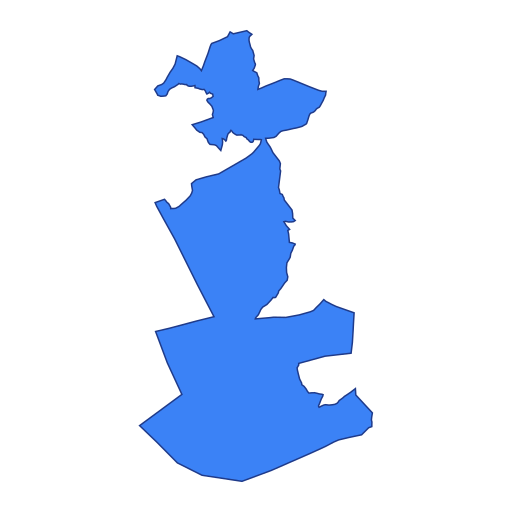 Oru East, Imo, Nigeria (Mercator projection)
{"feature_id": "59680162B91755424681987", "entity_name": "Oru East", "entity_type": "district", "adm_level": 2, "iso_a3": "NGA", "parent_name": "Nigeria", "parent_adm1": "Imo", "projection": "mercator", "projection_center": [6.961, 5.722], "detail": "fine", "context": "isolated", "style": "filled", "palette": "blue", "viewbox_px": 512, "rotation_deg": 0, "n_neighbors": 0, "source": "geoboundaries", "source_scale": "gbopen_adm2", "svg_char_len": 5011}
<svg xmlns="http://www.w3.org/2000/svg" viewBox="0 0 512 512"><path d="M371.8,426.6L371.9,422.0L371.4,420.0L371.7,417.0L372.4,412.9L355.8,395.0L355.4,388.6L350.6,392.3L348.1,394.0L345.7,395.6L344.4,396.4L343.3,397.5L341.9,398.6L339.2,400.5L338.1,402.2L337.2,403.2L335.0,404.3L332.0,404.8L329.0,405.1L327.3,404.9L325.5,404.7L323.9,405.0L321.8,405.9L319.1,407.3L318.6,406.5L318.6,405.5L319.2,404.3L320.0,402.3L321.3,398.9L322.0,397.6L322.7,396.3L323.1,394.7L322.1,394.3L319.3,393.9L316.7,393.2L315.2,392.9L314.5,392.7L313.7,392.8L311.8,392.8L309.9,393.0L308.8,393.0L307.4,391.3L306.2,389.1L304.1,386.4L301.8,384.7L301.6,383.0L299.6,379.0L298.2,373.5L297.4,370.1L297.1,367.8L298.7,365.1L298.7,363.4L324.9,356.2L351.1,353.2L352.4,342.3L353.1,330.7L353.5,322.9L354.1,312.8L336.2,306.5L331.7,304.4L328.7,302.8L325.9,301.4L323.8,299.6L319.8,304.1L316.3,307.5L313.6,310.4L310.3,311.8L299.3,314.9L285.9,317.4L273.6,317.2L269.3,317.7L255.3,318.9L255.6,317.8L258.3,314.8L260.0,311.3L260.8,309.5L262.7,307.1L266.9,304.5L271.0,300.1L273.1,297.4L273.9,297.7L275.6,297.4L278.3,292.9L278.7,291.0L280.8,288.6L284.6,283.0L287.2,280.2L287.8,276.8L286.6,272.5L286.4,267.6L286.9,262.8L289.3,258.9L290.2,257.2L290.8,253.3L292.3,250.3L293.8,246.1L294.9,245.0L295.2,244.1L292.3,242.9L289.4,242.4L288.6,233.9L287.8,230.4L289.6,229.4L286.3,225.7L283.9,221.7L285.5,221.3L288.6,222.0L291.8,221.9L293.6,221.6L295.2,220.5L292.8,218.1L292.6,213.6L292.0,210.0L284.3,200.0L283.9,197.8L283.1,196.5L282.3,194.5L280.0,193.5L279.3,189.9L278.5,187.5L280.6,170.9L279.8,169.0L280.4,163.6L279.3,160.9L272.9,152.6L271.2,149.0L270.1,146.9L268.0,143.9L266.8,142.1L265.6,138.3L268.7,138.2L273.9,137.5L276.1,136.3L278.9,133.1L280.9,131.4L283.0,130.7L286.5,130.1L289.1,129.5L293.4,128.5L296.1,128.0L298.8,127.3L301.0,126.7L302.2,126.3L304.9,124.7L305.6,124.4L306.0,124.1L306.6,123.5L307.0,122.3L307.9,119.7L308.7,117.0L309.3,115.2L309.9,114.0L310.8,113.1L312.8,112.4L313.6,112.0L314.5,111.3L315.4,110.4L316.1,109.3L317.1,108.4L318.2,107.8L319.3,107.2L320.2,105.9L321.7,103.1L323.2,100.4L324.2,97.9L325.6,95.0L325.7,93.6L326.1,91.3L325.6,91.3L322.2,91.3L318.6,90.3L309.1,86.6L304.5,84.7L293.0,80.0L290.2,79.0L287.1,78.8L284.2,78.8L280.2,80.3L272.9,83.3L265.9,86.0L261.5,88.0L257.9,89.4L258.4,86.2L259.4,83.5L258.9,80.7L258.8,77.8L257.7,75.6L256.8,72.8L254.1,71.4L252.7,70.5L254.2,68.2L255.4,64.8L255.3,63.8L254.7,62.7L253.6,58.9L254.1,55.5L252.7,50.4L251.9,49.4L250.6,47.1L250.1,45.0L249.4,42.4L249.0,40.2L249.1,37.8L249.6,36.5L251.0,35.2L251.9,34.3L248.8,32.3L246.8,30.7L233.3,33.8L230.1,31.9L227.5,36.7L219.4,40.6L211.8,43.4L211.0,44.5L210.1,46.8L208.0,53.4L204.8,61.7L203.4,65.8L201.4,70.7L199.8,68.6L196.8,66.0L193.1,63.8L185.8,59.6L179.7,56.7L177.2,55.8L175.1,64.1L172.9,68.3L170.2,72.1L167.2,77.3L166.1,79.5L163.7,83.1L161.7,84.5L157.8,85.9L154.6,89.5L157.2,94.0L157.7,95.2L158.9,95.6L160.8,96.3L163.7,96.1L165.8,95.8L167.2,94.0L168.0,91.5L169.6,89.3L171.6,88.0L174.5,86.7L178.1,84.3L178.8,83.5L180.1,84.0L180.8,84.1L181.6,83.9L183.5,84.2L185.1,84.6L186.7,84.5L187.0,85.2L187.5,85.6L189.0,86.2L191.1,86.3L193.5,85.9L194.9,85.5L195.0,86.1L195.0,87.7L198.5,88.4L199.4,88.9L202.3,89.6L204.1,89.4L205.2,90.7L206.1,92.7L206.9,94.0L208.7,93.0L209.6,92.2L210.5,93.3L212.7,94.1L213.1,96.4L211.4,97.8L209.9,98.5L208.2,98.5L207.1,99.4L206.9,100.4L208.1,102.3L209.8,103.9L211.9,106.3L213.4,110.3L213.1,112.4L212.4,114.5L213.2,117.5L201.0,122.0L192.2,124.7L195.2,128.2L196.7,130.1L199.8,132.3L202.1,132.6L203.7,134.4L205.0,137.0L207.0,138.7L207.7,140.8L208.4,142.5L210.0,144.4L214.5,144.8L216.4,145.6L218.6,148.1L220.8,150.5L221.5,147.9L222.0,146.1L222.4,144.4L222.6,142.4L222.5,140.5L222.2,138.5L223.1,138.7L224.6,139.6L225.3,140.5L225.8,141.1L226.1,140.8L226.4,140.2L226.6,139.1L226.7,138.1L227.1,136.9L227.4,135.7L227.7,134.7L228.1,133.8L229.0,132.8L229.6,132.5L230.2,131.8L230.2,131.3L230.9,130.3L231.5,130.8L232.1,131.4L232.7,132.4L233.9,133.4L235.6,134.5L236.8,135.1L238.7,135.0L240.6,135.0L241.0,134.6L241.5,135.0L242.5,135.2L243.1,135.5L243.8,136.3L244.5,136.8L245.7,137.3L246.3,137.6L246.5,138.2L246.9,138.9L247.7,139.4L248.6,140.2L249.2,141.0L250.0,141.8L250.6,142.2L251.7,142.3L252.3,142.2L253.1,141.6L253.3,141.0L253.6,140.0L253.7,139.3L258.2,139.5L260.2,139.5L261.4,139.7L261.2,140.6L260.6,142.9L260.3,143.9L259.4,145.3L255.7,149.7L253.6,152.2L251.8,153.9L248.8,156.1L245.9,158.2L218.7,173.9L206.8,176.7L196.1,179.8L191.5,183.6L191.7,185.8L192.5,190.5L191.7,193.1L190.2,195.9L186.1,200.2L183.2,202.7L180.4,205.2L179.4,206.2L177.3,207.4L175.6,208.3L173.7,208.5L171.9,208.5L170.7,208.6L170.7,207.3L168.6,203.6L167.0,202.4L165.8,200.8L164.5,199.3L155.1,202.6L156.7,206.3L163.1,218.1L174.7,239.0L181.7,253.1L197.3,284.5L206.2,301.7L214.0,316.7L196.6,321.0L169.6,328.2L155.6,331.5L167.3,362.8L181.9,394.4L139.6,425.6L156.6,441.9L177.4,462.9L202.1,475.3L242.0,481.3L271.1,470.5L312.4,452.4L325.5,446.4L333.6,442.1L338.7,439.9L348.8,437.5L359.2,435.3L361.6,434.8L364.5,431.9L368.7,427.7L371.8,426.6Z" fill="#3b82f6" stroke="#1e3a8a" stroke-width="1.5"/></svg>